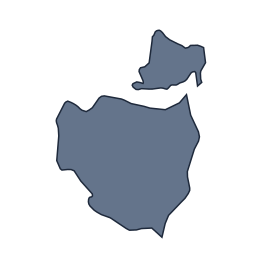 outline of Obwalden, rotated 280°
{"feature_id": "CHE-3427", "entity_name": "Obwalden", "entity_type": "Canton", "adm_level": 1, "iso_a3": "CHE", "parent_name": "Switzerland", "parent_adm1": "", "projection": "albers", "projection_center": [8.312, 46.869], "detail": "fine", "context": "isolated", "style": "filled", "palette": "slate", "viewbox_px": 256, "rotation_deg": 280, "n_neighbors": 0, "source": "natural_earth", "source_scale": "10m", "svg_char_len": 1765}
<svg xmlns="http://www.w3.org/2000/svg" viewBox="0 0 256 256"><g transform="rotate(280 128 128)"><path d="M171.0,179.8L151.5,187.5L136.5,198.0L131.7,199.9L127.3,199.7L118.7,197.0L95.4,194.0L90.1,195.1L79.6,199.2L77.3,199.6L73.9,198.7L68.6,196.3L64.0,193.1L49.0,183.1L40.4,181.2L26.3,180.4L33.6,168.8L31.3,158.7L29.1,154.0L27.6,147.2L28.7,143.8L36.5,126.1L38.1,116.8L39.8,112.0L41.2,108.9L44.5,104.2L46.4,102.6L48.5,101.8L51.0,101.6L52.5,101.9L53.3,102.6L53.9,104.2L54.9,104.8L56.9,104.3L67.5,90.8L76.5,82.4L77.2,79.2L76.7,75.9L75.1,70.2L76.1,68.4L83.5,63.5L108.2,61.2L115.7,59.4L118.3,58.2L120.7,56.8L122.6,56.1L124.4,56.1L141.4,61.3L142.8,62.3L144.0,64.0L143.3,67.4L142.5,70.1L141.3,73.1L140.1,75.3L138.6,77.4L137.5,79.6L136.9,84.0L139.2,86.9L141.8,89.4L152.4,94.3L154.6,96.4L155.5,99.1L155.4,116.5L154.8,119.5L152.6,126.9L152.1,140.1L151.4,146.2L152.5,161.6L161.7,174.3L171.0,179.8ZM185.7,192.7L181.4,189.2L194.2,185.1L195.2,183.9L194.4,181.7L193.0,180.4L186.1,177.4L184.3,176.0L183.0,174.3L181.3,171.1L179.8,169.5L179.1,168.6L178.7,167.9L178.5,166.9L178.1,164.1L177.5,162.7L174.1,160.6L173.0,159.6L173.0,157.9L173.3,155.7L173.2,153.4L170.6,145.2L170.0,142.1L169.1,134.5L167.6,131.5L167.4,129.2L169.1,126.0L170.9,124.7L172.5,125.2L174.9,128.6L174.9,131.1L174.8,132.9L174.5,134.3L174.5,135.1L175.3,135.2L177.0,134.7L185.5,129.1L187.5,129.0L189.5,129.9L191.2,133.9L195.8,137.5L217.5,136.6L222.1,136.2L223.7,137.3L227.5,138.2L228.7,139.3L229.4,140.7L229.7,141.9L229.2,143.4L227.9,145.4L224.5,149.1L222.1,153.7L219.6,162.0L218.5,166.7L216.6,170.6L217.7,173.2L218.8,174.3L220.1,175.1L220.5,176.7L220.9,178.9L221.6,182.1L221.1,185.4L220.3,188.5L205.8,193.0L196.9,189.8L194.6,189.8L188.7,191.1L185.7,192.7Z" fill="#64748b" stroke="#1e293b" stroke-width="1.5"/></g></svg>